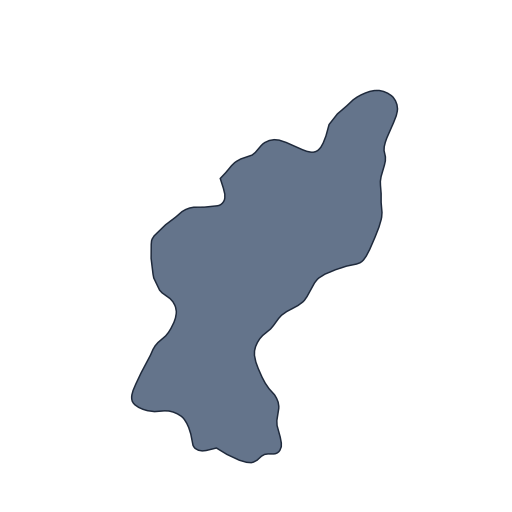 the district of Los Alcarrizos, Santo Domingo, Dominican Republic, rotated 113°
{"feature_id": "3306468B82844411676159", "entity_name": "Los Alcarrizos", "entity_type": "district", "adm_level": 2, "iso_a3": "DOM", "parent_name": "Dominican Republic", "parent_adm1": "Santo Domingo", "projection": "albers", "projection_center": [-70.036, 18.529], "detail": "fine", "context": "isolated", "style": "filled", "palette": "slate", "viewbox_px": 512, "rotation_deg": 113, "n_neighbors": 0, "source": "geoboundaries", "source_scale": "gbopen_adm2", "svg_char_len": 2419}
<svg xmlns="http://www.w3.org/2000/svg" viewBox="0 0 512 512"><g transform="rotate(113 256 256)"><path d="M448.2,217.4L450.0,205.2L450.5,191.6L449.6,184.1L448.1,179.6L446.7,177.8L443.5,175.2L438.2,172.8L435.3,170.6L433.4,167.5L431.3,162.4L430.4,160.9L429.1,159.6L427.4,158.6L425.6,158.1L421.7,158.2L418.3,159.6L413.3,162.9L403.8,170.4L399.4,172.5L387.4,175.5L385.4,176.3L381.9,178.5L379.0,181.4L376.6,184.6L373.0,192.3L369.4,197.9L365.1,203.2L358.7,210.0L353.7,214.7L348.1,218.6L343.9,220.3L339.5,221.0L335.0,220.9L330.6,220.2L326.5,218.8L317.5,214.1L313.3,212.8L304.7,210.8L300.6,209.4L295.2,206.1L285.3,198.1L279.9,194.9L277.8,194.1L273.4,193.2L257.8,191.6L253.4,190.4L251.4,189.4L245.8,185.5L237.5,177.4L230.0,168.8L224.1,160.3L221.6,157.6L219.7,156.4L217.6,155.5L213.0,154.5L205.5,153.9L192.2,153.8L181.5,154.1L173.7,155.0L171.2,155.5L166.8,157.0L157.7,161.8L149.7,165.2L142.4,169.0L138.7,170.7L134.0,171.9L122.2,173.3L117.9,174.1L114.2,175.6L108.8,179.4L105.2,180.7L100.9,181.4L96.3,181.7L79.4,181.5L72.2,181.7L67.6,182.5L65.3,183.2L61.6,185.4L58.6,188.3L56.3,191.8L55.5,194.0L54.7,198.4L54.7,202.9L55.5,207.3L57.4,211.6L60.0,215.5L63.2,219.0L66.6,222.2L70.3,225.1L74.3,227.6L82.3,231.1L93.4,236.6L106.4,240.1L118.3,238.5L125.8,238.3L130.5,238.8L132.7,239.5L134.8,240.4L136.6,241.9L138.0,243.7L138.9,245.8L139.8,250.2L140.0,254.9L139.7,272.5L140.3,280.0L141.8,284.7L144.5,288.9L148.1,292.2L150.2,293.5L152.4,294.4L161.0,297.1L164.6,299.0L172.6,307.9L176.3,310.8L178.4,312.1L182.4,313.8L191.3,316.5L198.6,319.2L206.5,312.4L211.2,308.9L214.7,307.4L216.7,307.0L218.7,307.1L220.6,307.6L222.4,308.5L223.8,309.7L224.9,311.2L231.3,322.8L235.5,332.5L237.8,335.9L240.7,338.9L244.0,341.4L251.7,345.2L262.5,351.4L277.2,357.6L280.8,358.2L282.7,358.1L286.2,357.0L299.2,351.6L313.1,343.6L316.2,341.5L325.1,331.4L326.6,328.1L328.8,318.4L330.6,314.6L333.1,311.4L334.6,310.0L338.1,307.7L340.2,306.9L344.6,305.9L349.1,305.6L356.0,306.0L360.5,306.7L364.8,307.9L373.9,312.4L377.9,313.7L382.2,314.3L388.6,314.4L408.5,316.1L420.8,316.6L427.8,316.6L432.2,316.0L434.3,315.4L436.2,314.5L438.0,313.2L439.4,311.3L440.3,309.3L441.2,304.9L441.3,300.3L440.8,295.6L438.9,288.6L434.2,279.6L432.7,275.6L432.0,271.2L432.0,266.7L432.7,262.2L433.4,260.1L434.5,258.0L437.1,254.3L440.2,250.9L445.3,246.5L454.9,240.0L456.0,238.6L456.9,236.9L457.3,233.1L456.4,229.3L454.6,226.0L448.2,217.4Z" fill="#64748b" stroke="#1e293b" stroke-width="1.5"/></g></svg>